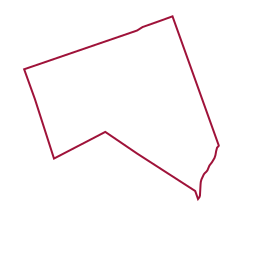 Ralls, Missouri, United States of America (Mercator projection), rotated 70°
{"feature_id": "52423323B19390518070965", "entity_name": "Ralls", "entity_type": "district", "adm_level": 2, "iso_a3": "USA", "parent_name": "United States of America", "parent_adm1": "Missouri", "projection": "mercator", "projection_center": [-91.377, 39.503], "detail": "fine", "context": "isolated", "style": "outline", "palette": "rose", "viewbox_px": 256, "rotation_deg": 70, "n_neighbors": 0, "source": "geoboundaries", "source_scale": "gbopen_adm2", "svg_char_len": 495}
<svg xmlns="http://www.w3.org/2000/svg" viewBox="0 0 256 256"><g transform="rotate(70 128 128)"><path d="M131.4,208.0L123.9,150.7L155.1,128.2L210.2,86.4L218.7,86.5L217.4,84.5L216.1,83.5L205.8,79.1L203.5,78.0L201.5,76.6L197.5,72.6L196.7,71.3L195.9,69.4L195.0,67.9L191.1,64.3L188.9,60.8L185.8,57.0L183.4,55.1L179.9,53.1L176.9,51.0L176.0,49.1L175.5,48.7L38.3,48.0L38.3,60.6L38.1,79.7L39.5,86.1L37.4,199.2L37.3,205.5L69.0,205.6L131.4,208.0Z" fill="none" stroke="#9f1239" stroke-width="2"/></g></svg>